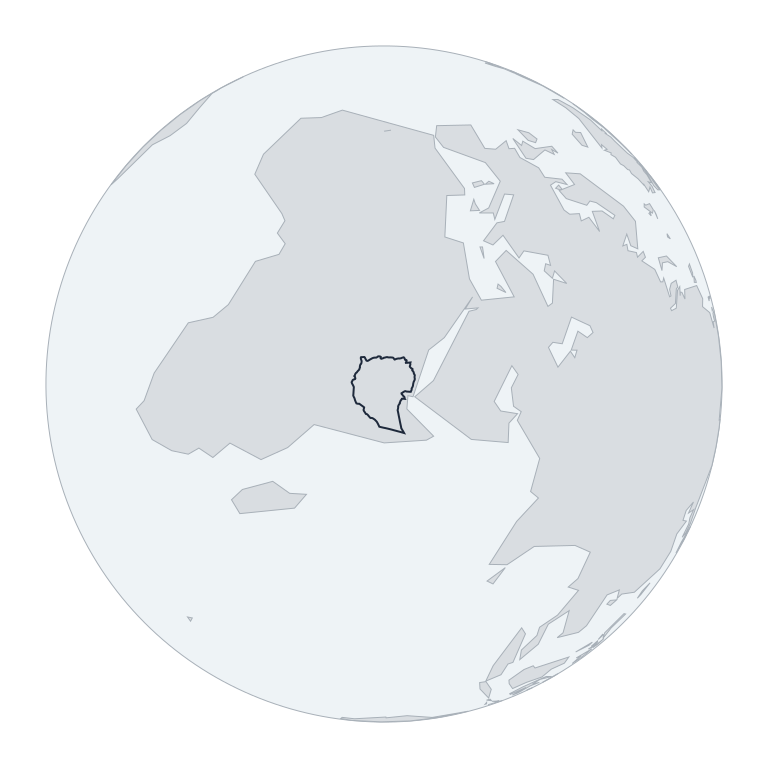 Ethiopia highlighted on a globe, orthographic projection, rotated 61°
{"feature_id": "ETH", "entity_name": "Ethiopia", "entity_type": "country or territory", "adm_level": 0, "iso_a3": "ETH", "parent_name": "Africa", "parent_adm1": "", "projection": "orthographic", "projection_center": [38.934, 9.154], "detail": "fine", "context": "on_globe", "style": "outline", "palette": "slate", "viewbox_px": 768, "rotation_deg": 61, "n_neighbors": 0, "source": "natural_earth", "source_scale": "50m", "svg_char_len": 11409}
<svg xmlns="http://www.w3.org/2000/svg" viewBox="0 0 768 768"><g transform="rotate(61 384 384)"><circle cx="384" cy="384" r="338" fill="#eef3f6" stroke="#a8b0b8"/><path d="M216.2,90.7L221.4,87.9L200.0,100.8L182.6,114.0L177.3,117.9L170.5,122.2L172.1,120.7L193.6,104.8L216.2,90.7ZM155.3,135.3L156.7,134.0L151.7,138.7L150.9,139.3L155.3,135.3ZM47.1,358.1L47.0,359.3L46.3,374.9L46.1,383.0L46.4,387.7L46.5,393.5L52.8,411.0L60.4,430.4L63.1,450.7L62.5,470.6L75.4,517.4L77.5,526.2L67.9,503.5L60.0,480.1L53.9,456.2L49.5,431.9L46.9,407.4L46.1,382.7L47.1,358.1ZM293.7,58.5L296.4,57.7L301.6,56.3L293.7,58.5ZM325.9,51.1L317.9,52.6L311.8,54.1L307.0,55.1L313.8,53.5L325.9,51.1ZM330.7,50.3L334.0,49.8L330.8,50.3L330.7,50.3ZM340.0,49.0L335.6,49.6L334.8,49.7L340.0,49.0ZM344.2,48.4L347.5,48.1L337.2,49.3L337.7,49.3L344.2,48.4ZM345.4,48.9L332.6,50.5L330.9,50.4L343.6,48.7L345.4,48.9ZM550.8,90.1L553.2,91.6L578.0,108.3L578.1,107.5L584.6,112.0L599.8,124.0L614.4,136.8L643.7,171.7L654.6,183.8L660.5,192.1L662.6,197.5L654.1,185.3L649.2,181.2L644.0,174.2L644.5,180.2L637.2,170.5L641.1,181.0L648.2,188.6L650.5,186.0L657.1,200.6L669.4,214.3L679.4,232.2L687.5,266.0L683.0,277.9L684.5,284.0L678.2,278.0L676.6,291.1L693.6,324.1L695.5,334.3L689.8,355.5L688.4,348.0L672.0,331.9L673.7,356.7L686.4,375.3L690.9,398.9L683.3,392.8L678.1,372.2L672.2,365.9L670.3,344.3L658.8,313.9L650.9,321.3L648.2,308.7L631.1,285.1L617.8,295.2L598.9,331.4L601.7,364.0L592.8,379.4L568.5,334.6L558.6,304.2L549.1,307.9L524.6,283.9L480.4,285.0L474.7,277.4L466.3,281.5L449.1,274.5L440.7,262.1L430.0,263.3L452.7,296.1L464.2,295.0L474.7,281.6L478.8,293.7L495.4,303.8L474.8,334.5L410.1,363.3L405.0,339.1L361.6,274.4L363.6,267.2L363.4,266.4L363.0,264.9L357.8,276.6L350.8,264.3L372.7,308.8L375.9,328.4L409.2,364.8L405.8,368.7L416.9,376.1L453.7,365.9L453.7,374.1L435.6,412.4L385.6,464.8L392.9,499.1L390.5,528.2L361.0,547.4L365.3,569.3L350.3,577.0L350.5,589.2L339.4,602.0L320.2,613.7L285.8,612.9L282.3,601.9L263.0,579.7L235.6,525.5L242.8,501.1L239.1,481.6L214.4,437.0L219.7,413.0L213.4,402.4L200.3,404.1L193.2,391.5L185.4,390.7L137.9,395.3L124.6,378.0L111.3,327.8L120.6,309.6L124.3,287.6L190.6,220.0L202.4,225.0L252.0,218.8L257.8,221.7L249.6,237.7L284.9,259.5L299.1,246.2L333.5,258.3L357.9,258.2L370.9,227.9L330.9,227.1L326.4,212.4L360.3,200.4L395.6,203.0L394.9,197.5L374.6,184.9L384.7,175.4L367.8,180.0L373.2,185.5L362.7,189.0L357.2,184.3L361.0,180.8L350.9,178.2L335.4,197.1L339.2,204.8L311.6,207.8L315.2,221.3L307.0,227.5L297.8,207.1L300.2,199.8L281.4,178.9L276.3,186.5L293.8,207.3L287.4,205.5L280.6,217.7L280.8,207.1L263.0,184.0L239.5,188.0L205.9,217.2L192.9,219.3L183.6,212.7L199.5,182.5L226.8,181.6L232.8,172.5L230.4,159.2L238.8,160.6L241.2,155.5L251.8,155.3L269.9,143.9L281.1,143.2L291.2,129.0L298.3,127.2L290.3,135.7L290.8,142.0L319.1,142.2L325.5,139.3L329.7,130.5L337.0,132.4L337.5,124.0L355.2,121.5L334.0,118.1L338.4,109.4L350.7,103.4L348.4,100.3L328.3,110.4L323.8,115.2L326.0,120.0L310.2,134.7L299.8,137.0L301.9,120.6L287.4,122.7L295.3,110.5L344.6,88.3L363.6,85.2L388.8,96.5L382.7,101.1L370.6,99.0L379.0,108.2L379.6,103.9L385.7,106.0L391.4,99.5L396.0,100.8L393.7,93.0L399.9,93.9L401.3,98.8L415.1,91.6L428.8,92.6L429.8,90.6L426.9,88.0L446.2,91.9L446.1,90.3L439.7,88.3L435.2,84.0L434.8,78.3L441.5,80.0L442.5,82.2L454.9,90.1L456.6,96.7L459.3,96.9L459.4,91.6L444.4,81.9L442.2,78.1L450.3,82.1L447.2,80.3L448.3,79.0L455.6,79.6L447.1,75.2L449.5,62.8L463.9,63.9L470.8,67.9L479.5,64.5L495.1,68.2L489.2,66.0L489.3,64.4L484.5,63.1L481.6,62.0L480.1,60.0L504.4,68.3L528.0,78.3L550.8,90.1ZM165.4,254.8L163.0,261.2L163.0,261.3L165.4,254.8ZM431.7,222.4L453.6,223.7L445.7,205.1L453.5,204.4L448.0,198.8L445.1,203.8L431.8,188.8L442.0,183.7L440.3,176.2L432.9,175.6L416.4,187.6L435.2,208.6L429.4,216.1L431.7,222.4ZM160.4,132.4L152.2,140.1L157.2,135.0L153.7,137.7L159.9,131.2L175.0,119.6L167.0,125.7L160.4,132.4ZM243.9,131.4L246.4,134.4L240.8,139.8L226.6,143.6L234.5,135.5L243.9,131.4ZM251.4,137.7L257.4,122.0L266.4,119.9L260.3,123.6L265.7,123.8L257.3,129.8L260.2,144.4L255.4,150.4L231.7,152.3L242.1,148.0L238.9,144.9L251.4,137.7ZM256.7,94.5L259.4,90.1L275.6,90.9L271.2,95.1L256.7,98.3L253.4,95.4L256.7,94.5ZM260.2,69.6L262.7,68.6L267.2,66.9L275.4,64.0L302.3,56.1L303.2,55.9L293.6,58.4L294.5,58.2L268.5,66.9L267.2,67.2L253.6,73.3L244.8,76.6L253.9,72.3L236.9,80.1L241.6,77.6L230.5,83.0L239.4,78.6L260.2,69.6ZM347.0,56.5L340.7,55.9L344.2,59.3L334.6,60.0L335.6,60.4L327.7,62.3L319.9,65.5L315.9,65.5L314.6,66.9L309.3,68.5L306.2,70.5L297.9,71.6L293.4,74.3L292.0,73.3L286.4,77.9L286.9,75.1L280.1,77.7L283.3,79.0L246.3,84.9L230.5,91.1L217.1,98.4L219.6,93.9L233.9,84.9L253.2,75.4L268.0,70.7L266.5,70.1L273.2,67.9L271.6,69.3L278.0,65.9L283.1,64.6L300.2,59.2L306.3,56.3L312.8,54.7L312.9,55.3L319.2,53.4L323.8,53.6L328.5,52.6L337.8,52.4L335.3,54.8L340.8,53.7L348.0,54.1L347.0,56.5ZM347.8,48.8L347.0,50.4L341.4,51.9L327.7,51.8L322.7,52.6L313.7,53.7L322.1,51.8L323.9,51.6L327.6,51.0L323.5,51.8L329.5,50.7L332.2,50.6L337.6,49.9L335.9,50.4L347.8,48.8ZM266.0,215.9L270.7,216.8L278.5,216.3L274.4,224.5L266.0,215.9ZM253.4,200.2L258.0,199.3L255.9,209.6L251.0,209.2L253.4,200.2ZM262.2,190.6L258.4,198.5L257.5,194.0L262.2,190.6ZM294.7,134.8L299.7,133.9L299.6,135.9L296.0,139.0L294.7,134.8ZM355.3,70.6L352.6,69.1L354.5,68.4L355.0,64.3L362.2,64.0L364.7,66.4L355.3,70.6ZM363.1,233.0L355.1,238.7L351.9,235.8L355.3,234.4L363.1,233.0ZM311.9,231.4L322.8,235.6L310.7,233.6L311.9,231.4ZM363.2,69.6L362.6,67.8L366.5,68.8L363.2,69.6ZM367.4,63.7L372.3,64.5L363.1,63.5L367.4,63.7ZM495.7,665.1L497.7,668.2L492.5,668.8L495.7,665.1ZM449.2,522.4L427.5,572.9L411.3,573.5L407.6,559.0L415.2,528.5L433.9,519.5L442.9,505.3L449.2,522.4ZM712.2,448.6L713.4,449.3L713.1,450.9L712.2,448.6ZM711.1,444.0L713.1,443.5L710.2,447.6L711.1,444.0ZM713.8,443.4L715.8,439.5L716.7,436.6L716.1,439.9L713.8,443.4ZM709.4,444.7L697.3,447.9L691.5,445.1L693.7,439.1L703.0,438.2L709.4,444.7ZM693.2,439.0L683.3,425.1L664.0,381.8L671.1,381.4L690.0,406.2L689.0,411.3L695.0,422.6L693.2,439.0ZM714.0,404.2L712.7,419.2L706.8,419.8L703.6,418.3L701.6,400.0L702.8,390.1L705.6,389.6L712.4,354.7L715.6,361.6L714.5,376.0L716.8,388.0L714.0,404.2ZM603.4,366.9L611.7,385.6L606.3,389.4L603.4,366.9ZM711.9,331.4L711.3,346.3L710.8,326.9L711.9,331.4ZM709.7,313.6L711.3,320.5L708.9,314.1L709.7,313.6ZM687.4,293.4L684.6,295.8L683.0,291.0L685.6,285.2L687.4,293.4ZM686.9,247.7L692.7,261.5L694.2,266.3L690.1,258.2L686.9,247.7ZM423.3,71.1L414.6,76.5L413.0,81.7L419.6,85.9L406.6,82.9L409.0,74.9L423.3,71.1ZM445.5,63.3L439.7,60.6L444.6,61.0L446.6,61.7L445.5,63.3ZM440.4,62.2L428.8,60.6L427.1,58.7L436.6,60.3L440.4,62.2ZM395.9,63.2L392.8,64.7L389.7,63.6L395.9,63.2ZM662.5,575.4L655.6,584.0L655.3,582.2L662.5,572.1L676.2,543.8L677.0,544.0L685.3,524.6L699.0,503.5L711.0,469.0L702.4,497.2L691.4,524.4L678.0,550.5L662.5,575.4ZM715.0,448.4L717.8,435.7L718.2,434.2L715.0,448.4ZM721.2,404.0L721.0,408.0L721.0,405.2L721.2,404.0ZM721.3,404.7L721.5,401.3L721.5,401.7L721.3,404.7ZM718.0,390.8L718.5,399.7L720.3,392.8L718.9,402.0L719.1,416.6L718.3,422.6L718.3,406.7L716.7,424.1L715.8,424.2L716.2,409.8L717.7,391.6L718.5,383.9L721.1,379.2L718.0,390.8ZM721.8,390.0L721.7,379.5L721.6,372.3L721.9,377.6L721.8,390.0ZM719.7,354.9L717.3,343.5L716.8,348.7L716.4,330.7L719.0,344.5L719.7,354.9ZM715.3,329.0L714.9,333.8L714.3,323.5L715.3,329.0ZM713.9,329.9L712.2,321.7L713.3,322.3L713.9,329.9ZM715.8,329.1L713.2,315.0L715.2,323.0L715.8,329.1ZM707.5,303.7L712.7,316.0L708.6,311.6L701.2,285.4L702.3,284.2L707.5,303.7ZM667.6,200.5L663.3,194.1L662.3,192.3L665.6,197.2L667.6,200.5ZM660.3,189.5L660.6,189.8L664.3,196.4L666.5,199.2L673.4,210.6L666.4,200.5L658.8,187.8L657.2,185.1L660.3,189.5ZM479.0,61.4L475.5,60.1L478.4,60.7L479.0,61.4ZM467.5,57.2L466.6,57.4L464.8,56.5L467.5,57.2ZM465.1,58.4L464.9,57.2L469.1,59.4L465.1,58.4Z" fill="#d9dde1" stroke="#a8b0b8" stroke-width="1"/><path d="M362.5,405.5L362.4,405.4L361.9,404.9L361.4,404.4L361.1,403.8L360.8,403.3L360.7,402.2L360.3,401.5L360.0,400.7L359.5,399.1L359.3,398.6L358.9,398.2L358.4,397.8L358.0,397.1L356.8,396.5L356.3,396.0L355.5,395.2L355.3,394.8L355.3,394.3L355.0,393.9L354.6,393.5L353.2,392.5L352.9,392.4L352.4,392.3L351.7,392.2L350.7,392.0L349.9,391.6L349.5,391.3L349.4,391.1L349.5,390.8L349.8,390.3L350.4,389.1L350.8,388.2L351.1,388.0L351.8,387.9L352.6,388.0L353.2,388.0L354.0,388.0L355.0,388.0L355.4,387.7L355.7,387.4L355.8,387.2L355.9,386.6L355.9,386.2L355.8,384.5L355.8,383.4L355.8,382.2L355.8,381.7L356.0,380.4L356.3,379.7L356.4,379.3L357.1,378.1L357.2,377.7L357.2,377.4L357.0,375.7L357.4,375.0L357.9,374.2L358.4,373.9L358.8,373.7L358.9,373.8L359.3,374.1L359.9,374.5L360.2,374.4L360.5,374.1L360.8,373.8L360.8,373.2L361.1,372.0L361.0,371.4L361.3,370.5L361.6,369.3L361.8,368.6L362.0,368.2L362.8,367.4L363.5,366.2L363.9,365.4L364.8,364.0L365.2,363.5L365.6,363.2L366.1,363.1L367.1,363.0L367.7,362.9L367.8,362.7L367.9,362.4L367.9,361.8L368.1,360.7L368.4,359.7L368.7,358.9L368.9,358.5L369.2,358.2L369.4,357.6L369.8,356.3L369.8,355.5L370.2,353.9L370.3,353.9L371.1,353.6L371.9,353.6L372.6,353.8L373.1,353.8L373.3,353.7L373.5,353.5L373.7,353.0L374.0,352.8L374.4,352.8L375.0,353.2L375.8,354.5L376.1,354.6L376.7,353.5L377.0,352.8L377.6,351.3L378.0,350.4L378.3,350.7L378.7,351.1L379.1,351.3L379.5,351.4L379.7,351.5L379.9,351.6L380.8,352.7L381.1,352.9L381.5,353.0L383.3,352.6L384.3,352.0L384.5,351.8L384.8,351.8L385.1,352.0L385.3,352.3L385.5,352.6L385.9,352.7L386.9,352.4L387.4,352.3L387.8,352.4L388.4,352.5L388.7,352.5L389.5,352.9L390.4,352.7L390.9,352.8L391.4,352.9L392.1,353.5L393.1,354.1L394.5,354.6L394.8,354.8L395.5,355.5L396.5,357.0L397.9,358.3L399.4,359.4L400.2,360.2L400.8,361.1L401.3,362.0L401.9,362.3L402.4,362.6L402.9,363.2L403.3,363.8L403.8,364.4L403.3,365.2L402.5,366.4L401.7,367.7L401.4,368.0L400.6,368.8L400.5,369.0L400.4,369.6L400.4,370.6L400.5,371.9L400.6,373.2L401.0,373.3L401.5,373.4L402.0,373.2L402.7,373.1L403.5,373.0L404.4,372.7L405.0,372.5L405.5,372.5L406.0,372.7L406.3,372.9L406.6,373.0L407.1,373.0L406.7,373.6L406.4,373.9L406.2,374.3L405.6,375.2L405.6,375.4L405.6,375.6L406.0,376.0L406.3,376.7L406.5,377.4L406.7,377.7L407.1,378.1L407.7,378.8L408.0,379.3L408.7,379.6L408.9,380.2L409.4,381.2L409.9,381.9L410.4,382.5L411.0,382.7L412.5,383.8L413.4,384.7L413.6,384.8L415.3,385.3L417.2,385.9L418.7,386.4L420.6,387.0L422.5,387.6L424.3,388.2L426.9,389.0L428.9,389.6L430.5,390.1L430.8,390.3L432.7,390.3L434.6,390.2L436.6,390.2L435.2,391.6L433.6,393.2L432.0,394.9L430.9,396.0L429.2,397.8L427.8,399.2L426.3,400.8L425.0,402.2L423.2,404.2L422.1,405.5L420.3,407.5L419.2,408.7L419.1,408.8L417.5,408.7L415.9,408.6L413.9,408.6L413.7,408.6L413.1,408.7L412.7,408.8L411.3,409.2L411.0,409.2L409.8,409.8L408.6,410.4L408.0,410.9L407.5,411.6L407.3,412.1L407.0,412.3L406.7,412.5L404.1,413.0L403.4,413.1L402.2,413.5L401.5,414.1L401.3,414.4L400.5,414.4L399.0,414.5L398.3,414.6L398.0,414.6L397.4,414.6L397.0,414.5L396.7,414.4L396.3,414.0L395.4,413.2L394.8,412.7L393.4,413.3L392.1,413.9L390.4,414.7L389.3,415.2L389.0,415.8L388.3,416.8L387.6,417.5L387.3,417.5L385.7,417.4L385.1,417.3L384.2,417.2L382.9,416.9L382.1,416.7L381.2,416.7L379.8,416.6L379.0,416.4L378.2,415.8L377.1,415.1L376.0,414.4L374.9,413.7L373.5,412.8L372.1,411.9L371.7,411.8L370.0,411.7L368.3,411.7L367.2,411.6L366.9,411.5L366.6,411.3L366.3,410.6L365.9,410.2L365.4,409.5L365.3,408.7L365.5,407.8L365.6,407.5L365.5,407.2L365.6,406.8L365.3,406.4L363.7,405.9L363.4,405.9L363.1,406.1L362.8,406.2L362.6,406.1L362.5,405.9L362.5,405.7L362.5,405.5Z" fill="none" stroke="#1e293b" stroke-width="2"/></g></svg>